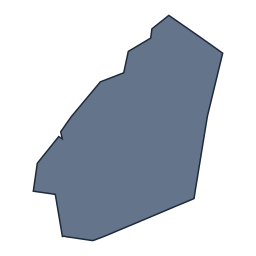 José de Freitas, Piauí, Brazil
{"feature_id": "56859067B84403529519879", "entity_name": "José de Freitas", "entity_type": "district", "adm_level": 2, "iso_a3": "BRA", "parent_name": "Brazil", "parent_adm1": "Piauí", "projection": "equal_earth", "projection_center": [-42.555, -4.696], "detail": "fine", "context": "isolated", "style": "filled", "palette": "slate", "viewbox_px": 256, "rotation_deg": 0, "n_neighbors": 0, "source": "geoboundaries", "source_scale": "gbopen_adm2", "svg_char_len": 595}
<svg xmlns="http://www.w3.org/2000/svg" viewBox="0 0 256 256"><path d="M194.0,198.6L195.3,190.3L200.9,156.1L203.1,142.5L207.4,116.2L215.4,83.2L222.7,53.2L220.3,51.5L200.6,37.5L168.8,15.4L151.9,28.9L150.7,38.1L148.3,39.5L128.3,51.4L125.1,66.4L123.7,72.8L100.4,81.8L72.0,115.8L70.5,117.8L68.5,120.6L60.7,131.8L62.3,138.8L58.7,136.6L40.8,158.9L37.3,163.3L33.3,191.2L50.8,193.7L55.3,194.4L59.8,221.1L62.4,236.5L64.2,236.2L66.0,236.7L92.7,240.6L94.6,240.0L105.1,236.0L116.9,231.0L146.2,218.7L149.6,217.3L150.7,216.8L174.8,206.6L194.0,198.6Z" fill="#64748b" stroke="#1e293b" stroke-width="1.5"/></svg>